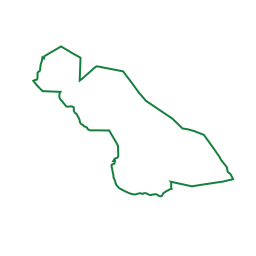 Paulo Ramos, Maranhão, Brazil (orthographic projection), rotated 45°
{"feature_id": "56859067B18667003723128", "entity_name": "Paulo Ramos", "entity_type": "district", "adm_level": 2, "iso_a3": "BRA", "parent_name": "Brazil", "parent_adm1": "Maranhão", "projection": "orthographic", "projection_center": [-45.411, -4.53], "detail": "fine", "context": "isolated", "style": "outline", "palette": "green", "viewbox_px": 256, "rotation_deg": 45, "n_neighbors": 0, "source": "geoboundaries", "source_scale": "gbopen_adm2", "svg_char_len": 2234}
<svg xmlns="http://www.w3.org/2000/svg" viewBox="0 0 256 256"><g transform="rotate(45 128 128)"><path d="M225.4,85.8L216.0,84.7L213.4,83.8L202.0,81.7L201.0,81.6L198.2,81.1L186.5,79.2L183.5,80.5L177.0,83.4L172.1,86.1L168.2,88.8L166.9,89.8L158.2,89.9L154.5,90.0L152.8,90.0L121.5,96.1L113.9,95.5L110.6,95.3L103.2,94.1L96.1,93.0L90.2,92.3L88.6,92.0L84.5,91.4L70.3,101.0L62.9,106.0L62.1,106.7L61.9,108.0L61.6,109.7L61.6,111.4L60.7,125.8L60.3,128.6L59.2,127.4L45.7,112.9L44.6,111.9L37.0,114.1L33.9,114.9L23.0,117.7L18.1,136.3L19.4,138.3L17.5,138.5L18.2,139.5L19.3,141.0L20.0,142.1L20.6,143.3L21.1,144.4L21.6,145.2L22.5,146.3L23.5,147.7L24.6,148.6L25.2,150.3L24.9,151.6L24.9,152.8L28.8,156.9L29.4,157.9L29.0,159.0L28.2,159.8L27.7,161.6L33.4,162.3L41.7,162.3L42.5,161.4L43.3,160.7L54.7,150.2L55.1,151.9L56.2,153.2L57.1,154.2L58.0,155.0L59.5,155.4L61.0,155.7L62.3,155.7L63.7,155.8L64.9,156.0L66.6,156.1L68.1,156.3L69.3,156.3L70.5,155.4L71.2,154.5L72.1,153.3L73.3,152.3L75.2,151.8L76.2,152.8L77.1,153.8L78.2,154.5L79.8,154.7L80.8,154.6L82.1,154.5L83.4,155.0L84.5,155.3L86.0,155.7L87.2,156.1L88.5,156.9L89.8,157.8L91.2,158.3L92.6,158.1L94.2,157.8L95.9,157.8L97.3,157.1L98.9,156.7L99.8,157.2L101.3,157.1L103.2,156.2L106.7,152.6L116.4,143.1L118.0,143.5L126.9,145.8L133.5,147.6L134.7,148.8L137.5,151.5L138.7,152.5L139.5,153.4L140.3,154.1L141.2,155.0L141.5,156.5L141.0,157.5L140.3,159.1L140.9,161.6L141.9,160.4L142.6,161.3L143.5,162.7L143.0,164.1L142.4,165.4L143.5,166.8L146.2,168.4L147.6,169.5L149.0,170.4L150.7,171.4L152.7,173.2L156.0,174.4L158.3,175.8L160.1,176.5L164.1,176.8L167.3,175.9L171.0,174.7L175.0,173.2L177.2,172.1L179.3,170.7L180.7,169.0L181.6,167.1L182.8,165.4L183.9,164.9L185.0,164.1L185.5,162.6L186.7,161.6L187.6,161.0L188.7,160.8L190.5,160.1L191.7,159.1L192.6,157.4L193.5,156.4L194.5,155.0L196.4,154.4L198.2,154.1L199.6,153.0L199.9,151.5L199.3,150.1L199.1,148.9L199.4,147.9L199.7,145.5L200.3,144.3L200.6,143.0L200.9,141.8L201.8,140.2L200.1,139.1L198.6,137.5L197.2,136.0L196.2,135.8L214.5,124.0L219.3,117.3L220.4,115.8L228.0,105.5L232.8,99.1L238.5,89.9L237.0,89.3L235.4,88.9L234.2,88.3L233.0,88.3L232.0,88.1L230.9,88.4L229.7,88.5L228.6,87.9L227.7,87.4L226.7,86.4L225.4,85.8Z" fill="none" stroke="#15803d" stroke-width="2"/></g></svg>